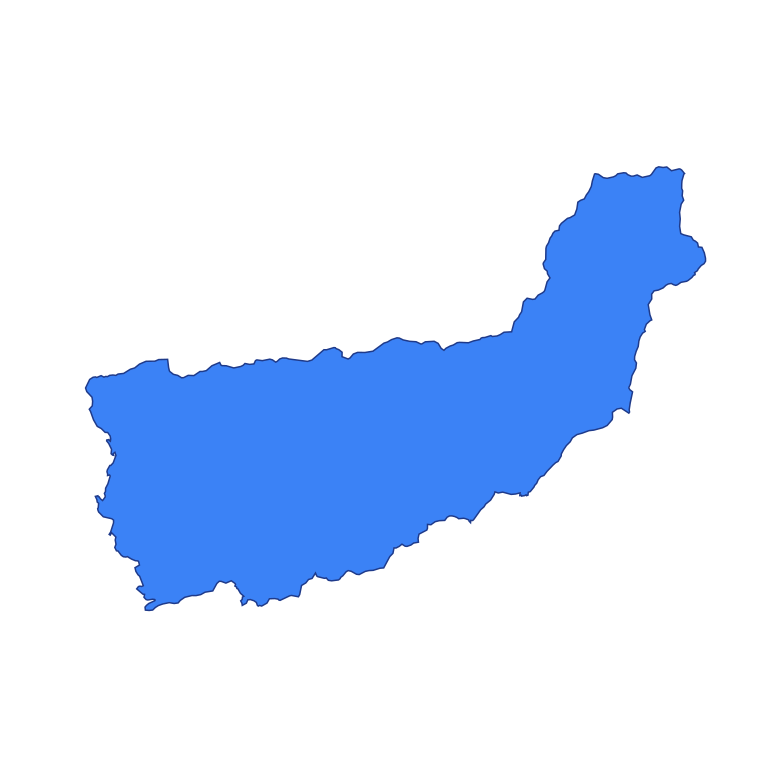 Zemes, Bacau, Romania (Natural Earth projection), rotated 101°
{"feature_id": "2599482B35780038076699", "entity_name": "Zemes", "entity_type": "district", "adm_level": 2, "iso_a3": "ROU", "parent_name": "Romania", "parent_adm1": "Bacau", "projection": "natural_earth1", "projection_center": [26.408, 46.58], "detail": "fine", "context": "isolated", "style": "filled", "palette": "blue", "viewbox_px": 768, "rotation_deg": 101, "n_neighbors": 0, "source": "geoboundaries", "source_scale": "gbopen_adm2", "svg_char_len": 6161}
<svg xmlns="http://www.w3.org/2000/svg" viewBox="0 0 768 768"><g transform="rotate(101 384 384)"><path d="M626.0,465.1L625.1,463.9L625.3,461.7L621.4,457.1L616.7,455.5L615.5,450.4L615.4,447.0L616.2,445.8L616.2,444.7L609.8,436.0L609.2,434.4L609.2,427.4L606.8,426.6L597.5,426.5L594.2,422.8L590.3,420.8L588.6,417.5L582.6,415.2L585.3,413.4L585.8,412.2L586.1,406.0L586.0,404.8L585.4,403.7L587.3,401.2L587.2,397.9L585.0,391.2L583.4,389.9L582.1,389.6L580.1,387.8L575.5,385.3L574.0,383.6L574.1,380.5L576.0,374.7L575.8,372.0L571.5,366.6L570.0,363.1L569.0,359.1L565.6,352.8L564.6,349.2L552.3,345.4L548.5,342.9L543.0,342.9L542.7,340.9L540.5,338.1L537.8,335.8L539.2,332.3L539.0,330.4L536.9,326.8L534.5,324.6L532.7,320.0L529.1,321.1L524.7,321.0L519.2,314.1L517.4,313.8L513.5,314.5L513.2,311.1L509.4,307.5L507.6,303.6L506.3,298.3L502.7,296.6L501.0,294.5L500.5,292.1L500.6,289.3L501.2,286.6L502.0,285.0L500.6,280.3L500.6,278.6L501.2,275.0L502.4,274.3L503.6,272.6L501.3,272.8L501.1,270.9L499.8,270.0L489.0,265.1L485.5,262.4L482.5,261.3L477.6,257.2L471.4,254.8L468.7,254.5L469.2,251.1L467.5,246.9L468.1,238.1L466.9,233.9L464.9,229.6L467.6,229.4L467.1,227.9L467.8,227.6L466.7,224.6L465.7,223.4L466.4,222.8L465.7,221.5L462.7,221.7L461.7,219.9L456.5,217.1L454.9,216.8L452.3,215.2L448.6,214.4L445.1,212.6L443.2,209.5L438.8,207.4L431.3,202.6L428.5,200.5L426.8,198.4L420.8,196.3L418.9,196.6L414.3,195.2L409.6,193.2L405.2,190.2L400.9,188.8L396.8,184.9L394.4,180.0L390.7,173.9L389.2,169.2L385.2,161.0L382.1,157.0L375.4,153.2L372.8,153.3L368.2,154.4L364.0,150.4L362.5,146.4L365.9,138.1L364.7,137.6L362.5,138.4L355.8,138.7L344.3,138.5L342.7,141.6L341.2,142.9L340.3,142.9L337.2,142.1L328.6,142.2L320.5,139.8L315.2,140.2L312.4,142.7L309.1,143.2L303.8,142.7L298.7,141.6L293.2,142.0L288.9,141.5L284.8,139.9L282.5,137.6L280.8,138.8L275.2,137.9L271.1,134.9L270.0,133.4L265.3,136.2L255.6,139.8L249.5,137.4L244.7,138.4L241.0,136.6L239.5,132.7L236.4,128.3L233.2,126.0L231.5,123.9L230.5,121.2L231.3,118.6L231.5,116.4L230.6,114.9L227.5,111.8L225.4,106.5L224.2,105.1L220.7,102.1L218.2,100.8L217.6,99.7L216.7,99.5L215.4,100.4L213.0,98.0L211.1,97.5L207.1,95.2L204.8,92.8L202.1,91.8L199.2,92.4L194.1,94.6L189.2,98.0L189.5,101.5L185.8,103.1L184.4,105.5L183.7,107.9L180.9,110.4L180.4,118.2L179.7,121.4L172.8,123.9L165.5,124.7L159.1,126.6L150.7,126.6L146.4,124.9L142.4,127.2L137.4,127.7L135.3,129.1L130.9,129.9L127.5,130.3L120.7,129.7L120.1,129.1L117.1,132.7L116.5,134.2L116.5,135.3L119.8,142.5L117.0,147.8L118.2,151.3L118.4,155.8L120.0,158.2L127.3,161.5L128.8,162.8L131.9,169.9L130.5,175.4L132.4,179.0L132.8,181.1L132.0,184.7L130.7,186.7L130.9,189.0L133.1,194.7L135.3,196.2L136.9,198.3L139.5,204.2L139.6,208.1L137.2,213.6L137.3,216.7L137.7,217.4L144.9,218.2L150.5,218.2L156.2,219.7L159.7,221.4L164.1,222.7L166.2,226.1L168.5,228.4L175.5,228.1L181.7,229.1L185.2,233.1L186.4,235.5L192.4,240.5L195.3,241.9L199.7,241.6L201.3,245.4L203.7,246.9L206.7,247.6L209.1,248.8L213.9,249.4L217.7,250.8L220.0,250.9L230.9,249.0L234.5,250.6L235.8,250.7L240.2,248.5L242.1,245.3L244.6,244.5L248.2,241.3L252.6,243.4L261.1,244.0L262.7,244.5L264.3,245.9L267.3,249.6L271.8,252.0L272.6,254.3L272.5,259.9L276.8,262.8L286.8,262.7L290.2,264.1L292.8,264.6L298.1,268.0L308.4,268.7L310.3,276.1L313.4,279.4L315.3,282.2L316.7,286.8L316.1,288.3L319.1,293.9L319.7,296.3L320.5,297.5L322.0,298.3L324.7,304.5L327.4,309.0L328.7,317.7L329.5,320.1L332.5,323.4L334.1,326.3L337.1,330.0L339.5,331.6L338.1,334.7L333.8,338.6L332.5,342.9L334.7,351.5L337.4,354.5L337.7,355.5L336.4,360.6L337.2,366.9L337.1,373.5L336.0,377.7L336.2,380.1L339.0,385.1L342.1,388.6L343.9,391.9L353.9,401.1L356.7,408.7L358.0,415.9L360.4,419.8L364.9,422.3L366.3,424.0L365.2,430.4L360.8,431.2L358.9,434.9L358.4,437.8L357.7,438.7L357.8,440.1L361.4,447.0L361.8,449.5L374.3,459.4L376.4,463.4L377.6,482.3L377.2,484.7L377.8,488.5L379.3,491.1L382.2,493.2L383.2,494.5L381.6,498.1L381.4,500.8L384.3,507.9L384.6,513.4L385.5,514.6L389.1,515.5L390.4,519.6L390.4,524.4L392.5,525.8L394.1,527.9L396.9,534.5L396.2,542.4L396.9,546.7L396.4,547.8L394.2,549.4L398.9,556.4L404.8,561.0L406.3,564.5L406.8,567.0L412.0,572.2L412.9,577.9L416.0,581.9L416.5,583.9L414.9,588.1L414.7,592.5L412.7,596.5L412.0,597.2L408.9,598.6L401.1,601.1L403.0,609.8L405.3,613.2L407.1,621.9L411.1,627.8L415.8,631.8L417.9,635.8L423.3,641.6L425.0,647.0L426.7,648.8L426.9,651.8L427.9,655.0L429.5,656.8L429.7,658.7L430.7,660.2L429.8,663.3L432.4,667.2L432.1,668.5L432.9,670.9L435.7,673.8L444.9,676.2L448.2,674.3L452.7,668.1L456.6,666.7L461.1,666.2L465.0,668.5L467.0,666.8L474.6,662.3L480.3,657.4L481.7,653.0L484.7,648.5L484.3,646.0L487.3,642.9L490.1,641.8L492.4,641.7L491.9,642.9L491.0,643.4L491.9,645.5L492.8,645.4L494.9,642.9L500.1,639.0L504.5,638.6L505.6,636.9L505.6,635.7L504.1,636.6L502.4,635.1L505.2,633.5L513.1,634.8L516.1,636.7L516.3,637.6L521.2,639.2L523.0,639.2L525.1,638.1L526.6,637.9L525.7,636.0L526.6,635.2L534.7,636.0L539.4,637.4L542.7,636.9L544.7,637.6L547.0,636.3L548.3,636.2L552.1,638.0L550.8,640.5L549.1,642.1L549.2,643.1L548.3,643.5L549.4,645.9L552.3,643.8L554.6,643.0L555.5,641.4L560.0,640.9L560.9,641.3L562.3,640.8L564.1,639.7L567.9,634.2L568.2,625.6L569.2,623.5L572.0,623.0L581.5,624.1L584.1,625.1L584.6,623.9L582.0,623.0L585.4,618.0L588.4,618.1L592.5,616.5L595.8,617.1L598.8,614.8L598.7,613.2L602.3,609.2L603.3,606.9L603.1,604.3L602.4,603.0L604.0,598.6L604.9,594.4L604.6,591.9L605.3,590.9L608.4,589.5L611.8,593.4L615.3,591.8L618.2,589.1L619.3,587.2L627.9,581.8L629.0,583.2L629.0,585.0L629.7,586.4L632.3,587.7L636.3,580.6L636.2,578.9L639.2,578.9L641.0,576.4L641.1,574.7L639.4,570.0L639.3,568.0L639.7,567.5L640.4,567.6L644.3,573.0L646.6,574.9L648.6,576.0L651.5,575.1L651.1,571.3L650.0,567.9L647.0,565.8L644.5,563.2L642.1,559.1L639.6,553.1L639.5,548.1L638.2,544.3L635.3,542.7L631.4,538.9L628.3,532.2L627.6,528.2L625.7,523.7L622.5,519.9L619.8,512.6L611.7,510.0L609.1,508.1L608.8,506.2L609.6,501.2L606.3,496.4L608.1,492.4L608.9,491.5L610.8,491.8L611.5,489.9L612.8,489.4L612.9,488.4L616.9,484.9L619.1,481.1L620.1,482.3L622.6,482.1L624.2,483.3L626.2,481.7L628.4,480.9L625.4,477.3L621.9,476.5L621.1,474.1L621.6,470.2L622.8,467.6L625.4,466.1L626.0,465.1Z" fill="#3b82f6" stroke="#1e3a8a" stroke-width="1.5"/></g></svg>